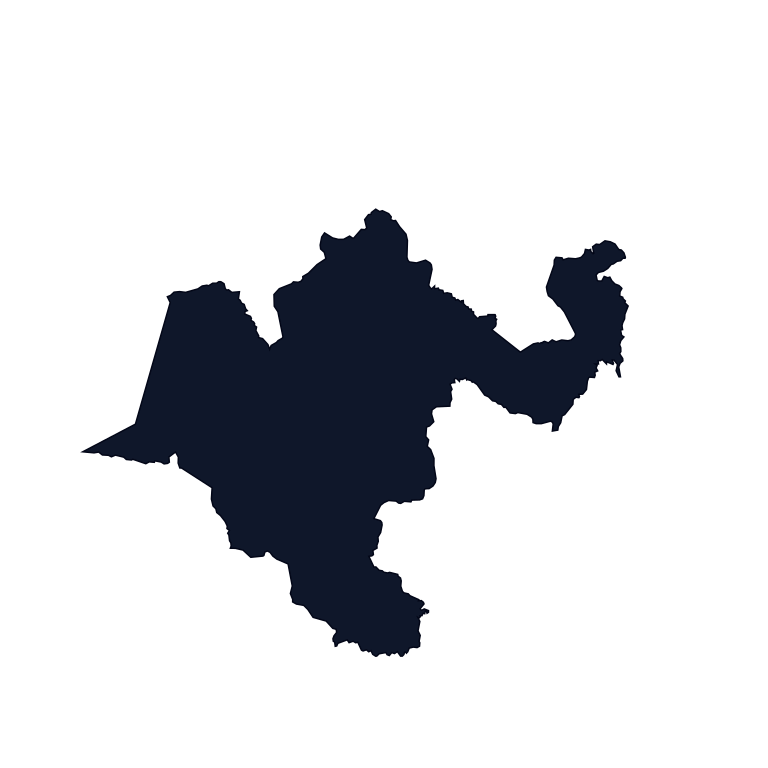 Cohetzala, Puebla, Mexico (Mercator projection), rotated 46°
{"feature_id": "50627088B88893827889923", "entity_name": "Cohetzala", "entity_type": "district", "adm_level": 2, "iso_a3": "MEX", "parent_name": "Mexico", "parent_adm1": "Puebla", "projection": "mercator", "projection_center": [-98.761, 18.209], "detail": "fine", "context": "isolated", "style": "filled", "palette": "ink", "viewbox_px": 768, "rotation_deg": 46, "n_neighbors": 0, "source": "geoboundaries", "source_scale": "gbopen_adm2", "svg_char_len": 6170}
<svg xmlns="http://www.w3.org/2000/svg" viewBox="0 0 768 768"><g transform="rotate(46 384 384)"><path d="M176.9,481.2L240.2,590.7L223.5,647.8L232.1,640.4L234.8,636.5L239.4,635.9L243.9,631.7L247.0,630.7L248.6,626.6L255.9,622.0L259.3,621.8L263.3,618.4L263.6,617.0L275.9,610.7L276.9,607.0L280.8,603.6L280.2,602.4L280.8,601.7L285.4,598.5L288.7,597.7L290.8,594.8L291.1,592.7L287.1,589.5L288.1,581.2L293.7,582.7L297.9,587.0L302.6,589.2L303.8,588.0L339.2,579.7L346.9,588.1L353.0,591.7L356.9,591.6L360.3,593.6L365.0,593.0L372.5,593.8L377.3,595.4L378.9,597.4L382.0,596.9L382.8,600.1L384.9,600.5L389.5,604.0L391.9,604.5L394.4,606.5L395.4,608.6L398.9,605.1L405.5,600.8L416.1,600.2L423.7,590.6L423.9,589.5L422.1,586.4L423.1,583.9L425.9,582.9L430.6,583.5L435.6,582.7L446.8,578.0L465.6,590.3L469.7,596.9L475.5,599.3L477.3,601.1L481.4,599.9L487.5,595.5L493.3,595.4L502.6,597.1L514.3,590.3L524.2,590.6L527.2,588.8L529.8,590.6L530.4,594.9L531.8,597.7L533.9,599.2L535.3,598.7L538.8,601.3L539.6,600.0L538.5,597.3L542.5,588.2L545.8,588.8L547.6,584.9L550.5,584.1L551.5,582.2L559.8,585.1L561.5,584.5L563.0,581.3L566.0,581.0L566.8,578.6L570.6,579.9L574.0,579.1L574.7,578.2L574.7,574.9L578.5,569.2L580.9,569.8L583.0,568.8L582.6,565.0L585.2,563.7L585.8,560.3L591.3,561.1L592.5,559.8L592.4,557.6L591.2,555.6L591.7,554.7L593.2,554.9L593.1,552.9L591.5,549.3L593.6,545.7L596.6,543.3L597.3,540.6L595.0,538.0L593.5,537.5L590.0,532.6L585.2,531.0L579.7,523.2L575.5,521.8L576.7,521.5L576.6,519.6L575.7,519.1L577.0,517.6L576.0,515.1L577.5,514.3L575.8,511.7L576.7,511.2L578.8,512.3L579.1,510.6L577.9,509.4L573.7,511.3L573.0,514.1L571.6,514.3L570.7,513.9L570.0,508.0L568.4,507.3L565.8,507.6L563.8,509.8L563.4,508.8L554.3,512.4L551.8,512.3L548.2,514.7L546.0,514.8L541.1,512.4L537.6,508.4L535.0,506.9L532.1,507.4L530.5,506.4L523.4,510.8L522.4,512.7L519.2,514.9L517.2,515.0L514.6,516.9L510.0,516.9L508.7,518.4L497.4,514.6L499.2,512.1L499.4,510.2L496.0,507.6L497.2,503.0L495.1,501.2L493.2,497.4L489.9,494.7L488.5,489.6L484.1,483.3L482.1,481.8L479.8,481.5L473.8,484.8L468.9,470.7L469.3,466.4L471.0,461.6L476.7,456.6L479.8,456.2L481.5,454.9L482.5,450.9L487.5,446.5L486.8,444.7L492.1,438.9L493.4,436.0L492.0,432.8L488.1,428.6L488.0,427.1L490.6,424.2L491.4,419.6L490.5,415.6L488.3,412.4L477.4,404.8L472.2,399.7L463.6,396.0L458.9,396.2L455.2,390.7L450.9,390.5L444.5,383.3L445.8,380.4L445.7,374.4L438.5,370.6L436.0,367.4L436.8,362.1L445.7,352.0L443.3,349.5L441.9,345.8L435.8,341.4L435.0,338.7L430.0,336.6L430.4,334.3L432.2,332.1L429.5,330.3L429.4,329.0L430.8,328.0L434.5,327.9L433.3,326.0L435.2,324.5L436.4,320.9L438.6,321.7L438.7,320.9L442.2,319.0L444.0,319.3L444.4,318.3L449.1,317.4L461.9,319.3L465.8,317.7L471.5,317.6L474.1,315.7L477.6,315.6L480.2,313.7L484.1,314.0L485.4,312.5L492.4,313.4L496.6,310.0L497.5,307.6L505.2,302.1L510.5,300.8L512.8,301.4L515.3,303.6L518.2,302.1L521.8,298.4L526.5,289.9L528.6,289.4L530.3,290.1L534.8,295.6L537.9,291.0L535.7,288.2L534.6,283.8L530.6,278.0L531.5,275.3L529.8,262.2L526.5,258.6L526.9,255.1L529.2,253.3L528.9,252.2L526.7,251.1L529.3,248.1L528.6,242.2L523.3,235.8L521.6,232.4L521.8,231.4L525.5,228.1L524.4,226.0L521.9,224.2L523.0,221.2L519.8,220.3L518.6,217.7L516.3,218.2L518.6,215.8L515.9,213.8L517.6,212.1L517.9,210.0L524.1,210.0L522.6,208.4L529.0,205.7L528.7,204.7L525.3,203.1L526.4,201.9L532.2,202.5L535.7,207.8L542.1,210.0L543.1,208.9L534.8,203.3L533.1,199.8L533.3,196.1L531.5,194.6L525.9,193.5L525.2,191.1L522.4,188.5L519.4,187.3L517.3,183.5L516.8,178.7L514.1,179.3L510.2,176.8L509.7,175.9L510.6,174.6L507.4,172.3L505.8,169.8L504.3,165.7L501.2,162.3L497.5,154.2L492.7,154.3L492.0,152.7L488.8,152.8L487.4,152.0L484.4,153.3L481.6,150.1L480.6,146.6L479.8,146.4L476.3,146.6L472.5,148.4L467.9,148.4L464.0,147.3L463.0,149.2L459.6,150.9L461.2,155.8L458.8,158.3L457.4,158.6L452.9,155.7L452.7,152.3L455.3,147.8L456.3,142.8L455.8,137.4L456.9,135.7L457.6,131.1L459.7,128.1L459.5,124.8L461.0,123.2L460.5,122.3L456.3,120.3L452.5,120.2L450.3,121.7L443.8,120.6L438.9,122.4L434.5,125.6L433.5,132.0L430.8,134.2L430.2,138.6L435.7,142.3L435.5,143.1L432.4,143.2L430.7,141.9L430.0,143.5L427.1,145.6L429.4,149.1L429.9,153.8L429.1,155.8L427.0,159.2L421.6,164.0L419.1,168.9L416.9,168.3L412.4,172.2L413.2,175.4L416.6,179.0L427.1,199.8L430.8,202.4L434.7,204.4L440.1,203.5L448.6,204.5L451.2,203.6L457.4,204.2L480.4,211.1L481.6,212.1L482.5,214.1L482.3,218.8L480.7,221.6L475.8,225.6L473.2,230.9L469.1,232.4L468.6,237.2L464.9,238.9L464.2,240.3L464.6,241.4L463.4,242.2L463.2,243.7L461.4,244.7L458.9,248.7L455.8,263.8L419.9,268.7L419.8,263.5L418.6,261.6L416.2,259.6L415.7,258.0L413.8,258.5L412.9,256.6L411.3,255.9L406.3,261.0L407.2,262.2L402.0,268.5L402.3,270.5L401.6,271.2L396.1,271.2L394.3,269.5L392.3,270.5L390.8,269.2L388.7,271.0L387.1,270.0L385.1,271.1L381.5,271.1L379.0,269.0L378.0,270.5L378.7,271.6L374.5,272.2L373.5,274.2L371.3,273.3L369.0,274.7L365.9,272.9L362.3,275.2L360.3,278.1L357.5,276.7L354.4,279.0L352.8,278.3L350.6,281.5L348.7,279.6L348.7,283.8L346.8,283.9L344.0,283.3L334.9,269.8L331.2,267.2L329.0,266.8L323.8,268.1L319.5,276.5L313.8,281.0L311.6,280.9L308.7,279.4L297.0,267.4L291.5,264.1L281.5,263.5L274.4,262.1L273.2,263.8L270.4,265.0L268.8,262.7L264.7,262.3L258.2,264.8L256.9,267.4L252.5,268.5L251.9,274.0L252.9,275.5L251.4,277.5L252.3,283.7L259.8,288.1L259.7,290.5L257.0,292.9L258.0,304.3L257.5,305.2L253.7,306.0L251.9,312.5L248.2,316.4L243.2,319.5L234.0,321.8L235.0,326.7L239.7,333.4L242.9,335.8L247.8,335.5L253.5,338.7L251.6,349.2L251.8,361.4L250.3,367.8L252.0,369.2L252.4,372.5L251.2,375.1L247.6,378.2L247.7,380.9L242.7,393.1L243.2,401.0L251.8,408.9L258.3,410.1L279.9,423.9L280.4,425.3L279.2,430.0L279.4,432.6L277.9,438.4L279.7,442.2L275.0,440.1L267.0,439.8L263.4,442.0L262.4,440.7L256.5,439.0L254.5,436.1L251.8,436.6L250.7,435.1L248.8,434.7L245.7,435.5L244.7,433.8L242.6,433.1L236.9,435.5L235.3,433.6L236.3,431.4L233.8,431.3L229.6,429.3L226.9,430.3L223.8,429.3L221.7,429.7L217.2,423.9L212.4,429.8L208.2,430.4L207.1,432.0L205.1,431.9L200.7,429.4L197.1,430.3L195.7,431.7L195.2,434.4L192.5,437.2L191.5,441.9L189.9,442.8L187.2,446.7L186.3,451.8L180.3,463.0L175.5,466.9L172.1,471.2L172.0,476.1L170.7,479.2L176.9,481.2Z" fill="#0f172a" stroke="#020617" stroke-width="1.5"/></g></svg>